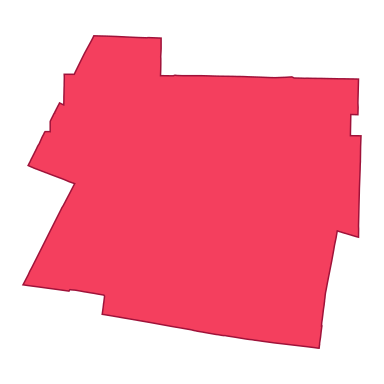 the district of Bailesti, Dolj, Romania
{"feature_id": "2599482B66668126820138", "entity_name": "Bailesti", "entity_type": "district", "adm_level": 2, "iso_a3": "ROU", "parent_name": "Romania", "parent_adm1": "Dolj", "projection": "equal_earth", "projection_center": [23.267, 44.009], "detail": "fine", "context": "isolated", "style": "filled", "palette": "rose", "viewbox_px": 384, "rotation_deg": 0, "n_neighbors": 0, "source": "geoboundaries", "source_scale": "gbopen_adm2", "svg_char_len": 5391}
<svg xmlns="http://www.w3.org/2000/svg" viewBox="0 0 384 384"><path d="M321.8,326.6L321.9,326.1L321.5,326.1L321.6,324.8L321.7,322.9L322.3,318.8L322.9,313.9L323.1,312.1L323.5,308.9L324.1,305.0L324.2,304.0L324.3,302.9L324.5,301.8L324.6,300.2L324.7,299.4L324.9,298.1L325.0,297.2L325.1,295.9L325.5,292.8L326.1,289.9L327.4,282.9L331.7,261.1L333.7,250.1L334.5,245.3L336.1,237.7L337.0,232.3L337.0,232.2L337.3,230.9L339.7,231.7L340.9,232.0L342.7,232.6L356.5,236.7L358.5,237.2L358.6,230.1L358.6,228.4L358.5,226.1L358.7,217.8L359.0,204.2L359.3,193.0L359.4,188.3L360.1,169.6L360.2,165.4L360.3,163.0L360.4,162.0L360.4,160.0L360.5,153.9L360.6,146.6L361.0,135.8L350.4,135.7L350.8,114.5L357.9,114.7L358.1,107.5L357.9,102.9L358.2,91.0L358.5,79.1L355.3,79.0L348.1,78.9L342.9,78.8L338.6,78.8L335.0,78.7L329.4,78.6L324.6,78.5L320.4,78.4L317.7,78.4L310.5,78.3L306.8,78.2L304.6,78.3L302.8,78.2L298.6,78.1L294.2,78.0L291.9,76.9L285.7,77.3L282.6,77.4L275.2,77.7L270.7,77.6L260.7,77.2L248.3,76.8L244.4,76.6L240.1,76.5L237.2,76.5L234.6,76.4L228.5,76.3L219.8,76.2L215.4,76.1L209.2,75.9L205.5,75.8L201.7,75.7L182.8,75.7L176.8,75.5L175.9,75.3L175.2,75.3L174.7,75.3L174.2,75.4L173.9,75.6L173.3,75.8L170.4,75.8L162.7,75.7L160.5,75.7L160.7,70.4L160.8,63.8L160.8,62.7L160.8,62.1L160.8,58.6L160.7,56.8L160.8,54.7L161.0,51.3L161.1,48.5L161.1,45.6L161.1,38.5L161.1,38.1L148.7,37.6L147.7,37.6L147.2,37.8L146.5,37.8L143.5,37.7L137.8,37.5L128.6,37.1L116.8,36.5L108.5,36.2L105.4,36.1L97.1,35.9L93.8,35.8L93.5,36.5L93.0,37.6L91.2,41.1L86.6,49.5L84.6,53.2L82.3,57.8L78.7,65.1L75.2,72.2L74.3,74.3L71.7,74.3L64.2,74.3L64.3,76.9L64.3,78.5L64.2,83.4L64.2,85.6L64.1,88.1L64.0,93.5L63.9,96.8L63.9,99.8L63.8,103.5L63.7,104.9L63.3,104.7L62.6,104.4L61.3,103.8L61.1,103.7L60.9,103.6L60.5,103.4L59.9,103.1L59.6,102.9L59.3,103.3L59.1,103.9L58.8,104.5L58.4,105.2L58.0,105.9L57.5,106.9L57.1,107.7L56.3,109.2L55.5,110.9L55.5,111.2L55.4,111.3L55.2,111.3L54.9,112.0L54.5,112.9L54.6,113.1L54.2,113.3L53.7,114.2L53.0,115.7L52.8,116.1L52.7,116.4L52.5,116.6L52.3,117.1L52.2,117.3L51.8,118.1L51.5,118.6L51.4,118.9L51.2,119.3L50.9,119.9L50.8,120.1L50.3,121.2L50.2,121.7L50.2,122.1L50.2,122.8L50.2,123.2L50.2,123.5L50.2,124.3L50.2,124.6L50.2,125.3L50.2,126.0L50.2,126.4L50.2,126.7L50.2,127.1L50.2,127.4L50.2,127.8L50.2,128.9L50.2,130.0L50.2,130.3L50.2,130.8L50.2,131.3L50.2,131.7L49.3,131.6L48.6,131.6L47.2,131.6L45.1,131.6L44.9,131.9L44.8,132.1L44.6,132.3L44.3,132.8L44.2,133.1L43.5,134.6L42.8,135.8L42.2,137.0L41.7,138.0L41.3,139.1L41.2,139.2L41.1,139.4L40.8,140.2L40.7,140.3L40.6,140.6L40.5,140.9L40.4,141.1L40.3,141.3L40.1,141.6L40.1,141.8L39.9,142.3L39.8,142.5L39.7,142.6L39.6,142.9L39.6,143.0L39.4,143.3L39.1,143.9L38.8,144.5L38.6,144.7L38.4,145.0L38.2,145.3L38.1,145.6L37.7,146.1L37.6,146.4L37.2,147.2L36.5,148.8L36.4,149.0L36.1,149.5L35.8,150.1L35.7,150.5L35.5,150.8L35.3,151.2L35.3,151.3L35.1,151.5L34.9,151.9L34.9,152.0L34.7,152.4L34.6,152.6L34.3,153.1L34.2,153.3L34.2,153.5L34.0,153.9L33.8,154.1L33.7,154.3L33.6,154.6L33.5,154.8L33.4,154.9L33.4,155.0L33.2,155.5L32.9,155.9L32.8,156.1L32.7,156.3L32.6,156.5L32.4,157.0L32.2,157.3L32.1,157.5L32.0,157.8L31.7,158.3L31.6,158.5L31.3,159.0L30.9,159.9L30.6,160.6L30.4,161.0L30.1,161.7L29.6,162.6L29.4,163.0L29.2,163.3L29.1,163.6L28.9,163.9L28.8,164.2L28.7,164.5L28.5,164.8L28.3,165.1L28.2,165.3L28.1,165.5L29.9,166.3L30.3,166.5L30.8,166.7L31.7,167.1L32.7,167.5L33.2,167.7L33.7,168.0L34.8,168.4L35.3,168.6L35.7,168.8L36.7,169.1L40.0,170.4L40.9,170.7L41.4,170.9L41.8,171.1L42.3,171.3L43.3,171.6L44.7,172.2L45.2,172.4L45.7,172.6L46.7,172.9L47.7,173.3L48.2,173.5L48.7,173.7L49.7,174.1L53.7,175.6L54.7,176.0L55.4,176.2L55.8,176.4L56.1,176.5L56.8,176.8L57.2,176.9L57.5,177.0L58.2,177.3L59.0,177.6L60.1,178.0L60.4,178.1L60.8,178.2L61.2,178.4L61.5,178.5L62.2,178.8L62.6,178.9L62.9,179.1L63.6,179.3L64.3,179.6L65.0,179.9L65.7,180.2L66.4,180.5L67.1,180.8L68.2,181.3L68.9,181.6L69.6,181.9L70.0,182.0L70.4,182.1L71.1,182.4L71.4,182.5L72.5,182.9L73.5,183.2L74.0,183.4L74.7,183.6L73.4,186.1L69.5,193.7L69.2,194.3L68.7,195.2L67.7,197.1L65.8,200.7L64.8,202.7L64.0,204.1L63.6,205.0L61.9,207.7L61.0,209.6L50.9,229.6L46.8,237.8L36.3,258.7L31.7,267.8L29.9,271.1L28.2,274.9L26.2,278.7L23.4,284.1L23.0,284.8L27.7,285.5L33.0,286.2L39.9,287.1L46.4,288.0L58.3,289.6L69.0,291.1L69.2,290.8L69.3,290.6L69.4,290.4L69.6,290.1L69.7,289.9L69.9,289.7L70.0,289.7L70.4,289.7L70.9,289.7L71.3,289.8L71.7,289.9L72.3,289.9L73.3,290.0L74.8,290.1L76.2,290.3L77.3,290.5L78.5,290.7L80.2,291.0L81.3,291.2L83.3,291.6L85.0,291.9L85.8,292.0L90.5,292.8L93.8,293.3L98.1,294.1L102.8,294.9L103.8,295.1L104.2,295.5L104.4,295.9L104.5,296.1L104.5,296.4L104.5,296.7L104.3,298.3L104.0,300.7L103.8,302.6L103.6,303.4L103.2,307.1L102.8,310.1L102.2,314.3L104.3,314.6L149.6,322.4L172.1,326.5L191.3,329.8L194.3,330.6L195.1,330.7L195.7,330.8L196.8,331.1L197.2,331.2L197.9,331.3L199.6,331.6L202.9,332.1L203.7,332.3L207.1,332.9L216.2,334.5L218.3,334.7L222.0,335.4L223.0,335.5L223.3,335.6L223.8,335.6L224.1,335.5L224.5,335.6L225.4,335.6L226.7,335.9L234.5,337.1L239.9,338.0L245.2,338.9L249.5,339.5L252.0,339.7L253.7,340.0L254.6,340.2L256.5,340.4L259.4,340.8L262.7,341.3L268.7,342.1L274.4,342.9L284.1,344.0L307.1,346.7L314.3,347.6L317.8,348.1L319.1,348.2L319.3,346.9L319.3,346.7L319.3,346.3L319.3,346.2L319.4,345.9L319.4,345.4L319.5,345.1L319.6,344.4L319.6,343.7L319.6,343.1L320.5,337.4L321.1,331.9L321.8,326.6Z" fill="#f43f5e" stroke="#9f1239" stroke-width="1.5"/></svg>